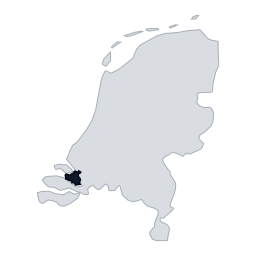 location of Tholen, Zeeland, Netherlands
{"feature_id": "6326949B94220918271569", "entity_name": "Tholen", "entity_type": "district", "adm_level": 2, "iso_a3": "NLD", "parent_name": "Netherlands", "parent_adm1": "Zeeland", "projection": "albers", "projection_center": [4.074, 51.57], "detail": "fine", "context": "in_parent", "style": "filled", "palette": "ink", "viewbox_px": 256, "rotation_deg": 0, "n_neighbors": 0, "source": "geoboundaries", "source_scale": "gbopen_adm2", "svg_char_len": 4539}
<svg xmlns="http://www.w3.org/2000/svg" viewBox="0 0 256 256"><path d="M167.2,240.6L162.2,240.6L157.5,240.6L155.0,240.2L152.4,239.1L151.1,236.7L149.6,233.8L149.9,232.0L154.2,226.8L154.8,225.4L154.4,224.6L154.8,222.4L157.9,214.7L158.3,211.6L156.7,209.5L154.6,208.3L147.5,206.2L144.1,203.0L142.5,200.3L140.9,199.5L138.6,200.5L132.9,201.7L128.1,200.2L122.5,195.1L121.1,190.4L120.4,186.8L119.0,185.5L117.1,187.4L114.8,190.4L110.2,190.8L108.8,190.1L108.6,188.5L108.3,186.9L107.0,185.0L105.6,184.0L99.7,189.4L97.5,189.4L94.7,187.4L93.4,185.3L90.3,186.5L87.6,189.0L88.6,193.8L87.1,194.6L83.7,194.2L79.9,192.3L75.7,191.1L69.2,187.9L60.2,190.5L54.0,187.3L48.8,186.9L45.6,184.4L42.2,180.1L44.7,177.3L47.0,176.4L56.5,175.9L63.4,177.6L75.8,186.9L78.9,186.8L82.2,185.6L80.5,183.1L77.4,181.9L72.8,179.4L69.1,176.0L77.8,174.8L76.6,173.0L75.4,169.9L66.4,159.2L67.9,156.3L70.2,150.1L73.0,144.9L75.3,143.5L79.0,139.8L86.9,129.1L92.0,120.3L95.7,109.9L101.0,81.2L102.6,76.3L105.2,70.9L108.5,71.9L110.8,73.4L118.9,69.2L132.7,58.4L136.6,49.2L140.5,44.8L156.3,36.2L165.0,33.5L178.5,32.4L188.2,30.6L199.9,29.7L204.6,34.6L207.3,38.3L211.6,40.2L218.1,41.4L218.1,48.8L218.7,63.4L218.4,66.0L215.7,72.3L213.0,83.5L212.5,90.8L211.6,92.2L199.1,92.7L197.3,94.0L197.1,95.6L197.8,97.4L197.6,99.3L196.7,100.9L197.3,103.3L199.6,105.9L203.6,107.5L207.9,107.5L210.0,107.1L211.7,109.0L213.4,111.9L213.5,115.7L213.1,120.9L211.2,125.7L205.6,131.3L203.0,133.3L200.6,134.4L199.5,135.9L199.0,137.7L199.2,139.3L203.5,143.5L203.5,144.5L202.3,146.9L200.8,149.0L190.2,153.9L185.7,153.7L183.2,156.0L182.5,156.4L179.6,154.5L173.2,152.3L170.9,153.2L169.6,154.5L165.7,156.2L162.9,158.7L163.0,161.8L168.2,169.8L170.0,171.3L170.2,174.4L172.7,178.1L175.4,182.8L175.7,185.8L175.5,188.9L174.4,193.3L170.3,203.6L170.3,205.6L170.7,207.0L172.2,207.4L173.4,208.1L173.1,209.5L165.0,216.8L164.0,218.1L160.5,217.8L160.0,219.0L160.5,220.9L161.9,222.5L164.9,223.3L167.5,225.1L169.6,228.5L167.2,240.6ZM79.9,192.3L79.2,195.2L77.3,198.5L70.8,203.2L64.1,206.2L60.6,205.8L58.2,204.2L57.0,202.5L53.4,200.9L48.4,200.0L45.3,201.8L43.1,203.4L41.2,203.1L39.7,201.7L38.7,199.6L37.3,192.8L41.0,191.6L48.9,191.2L55.1,193.6L63.2,194.8L69.4,191.5L74.3,194.3L79.9,192.3ZM66.5,164.8L71.2,169.0L72.2,170.4L72.6,171.8L66.5,173.5L60.2,168.3L56.0,169.5L54.4,167.0L54.4,165.5L58.7,164.2L66.5,164.8ZM110.6,60.7L106.0,66.3L103.1,64.8L102.3,63.5L103.7,59.2L110.5,52.0L110.6,60.7ZM130.7,35.9L126.4,36.6L124.4,35.5L134.8,32.3L141.4,31.2L142.6,31.6L130.7,35.9ZM158.7,29.6L149.5,31.1L146.4,30.2L145.9,29.3L148.4,28.7L156.2,28.4L158.6,29.1L158.7,29.6ZM120.7,42.1L112.2,48.0L111.4,47.0L116.9,42.0L120.7,42.1ZM195.7,18.8L191.5,19.2L192.6,17.1L196.5,15.4L198.7,15.4L195.7,18.8ZM177.3,25.0L170.9,27.9L169.3,27.4L169.7,26.6L175.3,24.8L177.3,25.0Z" fill="#d9dde1" stroke="#a8b0b8" stroke-width="1"/><path d="M69.5,180.4L69.6,180.5L69.8,180.6L70.0,180.6L70.3,180.7L70.6,180.8L70.8,180.9L71.1,181.0L71.3,181.0L71.5,181.1L71.8,181.2L71.9,181.3L72.1,181.3L71.8,182.7L74.4,182.9L75.4,185.0L79.4,184.4L80.1,184.3L79.5,183.0L79.5,182.9L79.5,182.7L79.6,182.4L79.6,182.2L79.8,181.6L80.2,180.5L80.3,180.3L80.3,180.2L80.4,179.9L80.4,179.6L80.3,179.4L80.3,179.2L80.2,178.9L80.1,178.7L79.9,178.3L78.6,176.8L78.5,176.7L78.4,176.5L78.3,176.4L78.3,176.2L78.2,176.1L78.2,175.8L78.1,175.7L78.1,175.4L78.1,175.1L78.2,174.9L78.3,174.7L78.4,174.3L78.5,174.2L78.7,173.9L78.8,173.8L78.9,173.7L79.1,173.6L79.3,173.5L79.4,173.4L79.6,173.4L79.9,173.2L80.2,173.1L80.3,173.0L80.4,172.9L80.7,172.0L78.7,170.9L78.4,172.6L78.2,172.6L77.9,172.5L77.8,172.4L77.6,172.4L77.4,172.2L77.2,172.0L76.8,171.9L76.6,171.8L76.5,171.7L76.3,171.6L75.8,171.5L75.7,171.5L75.5,171.4L75.4,171.3L75.3,171.2L75.2,171.2L74.9,171.1L74.7,171.2L74.5,171.3L74.5,171.5L74.3,171.5L74.2,171.6L74.1,171.8L73.9,172.0L73.7,172.2L73.6,172.3L73.5,172.5L73.4,172.5L73.2,172.8L73.1,173.0L73.0,173.3L72.9,173.3L73.0,173.3L73.3,173.2L73.2,173.3L73.1,173.5L72.9,173.7L72.9,173.8L72.7,173.9L72.6,174.0L72.4,174.2L72.4,174.3L72.2,174.4L72.0,174.5L71.9,174.5L71.7,174.6L71.5,174.0L71.2,174.2L71.2,174.3L70.9,174.5L70.7,174.7L70.6,174.8L70.4,174.9L70.2,175.0L69.9,175.1L69.7,175.1L69.4,175.0L69.2,175.0L69.0,174.9L68.9,174.9L68.7,174.9L68.4,174.8L68.3,174.7L68.2,174.7L68.3,174.7L68.2,174.7L67.9,174.6L67.7,174.6L67.4,174.6L67.2,174.6L66.9,174.6L66.8,174.4L66.7,174.3L66.6,174.2L66.4,174.1L66.4,174.4L65.3,175.0L65.8,179.0L68.2,179.8L68.2,180.0L68.3,180.0L68.5,180.0L68.5,179.9L68.6,180.0L68.8,180.0L69.0,180.1L69.1,180.3L69.3,180.3L69.5,180.4L69.5,180.4Z" fill="#0f172a" stroke="#020617" stroke-width="1.5"/></svg>